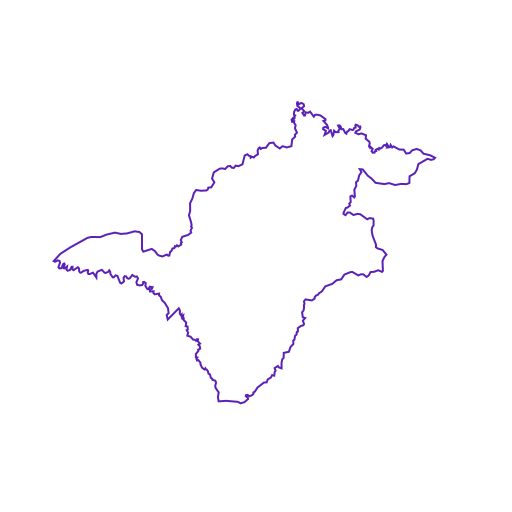 outline of Cértegui, Chocó, Colombia, rotated 346°
{"feature_id": "7082276B47980594061529", "entity_name": "Cértegui", "entity_type": "district", "adm_level": 2, "iso_a3": "COL", "parent_name": "Colombia", "parent_adm1": "Chocó", "projection": "natural_earth1", "projection_center": [-76.545, 5.385], "detail": "fine", "context": "isolated", "style": "outline", "palette": "violet", "viewbox_px": 512, "rotation_deg": 346, "n_neighbors": 0, "source": "geoboundaries", "source_scale": "gbopen_adm2", "svg_char_len": 6127}
<svg xmlns="http://www.w3.org/2000/svg" viewBox="0 0 512 512"><g transform="rotate(346 256 256)"><path d="M184.6,388.0L191.9,389.3L203.1,393.1L205.4,395.2L209.5,395.0L213.7,392.8L213.8,391.5L212.2,389.4L212.7,388.6L214.2,388.7L215.8,390.5L218.8,390.0L220.3,389.0L220.4,387.8L222.1,387.3L225.6,384.0L233.1,380.7L235.7,381.2L237.5,378.6L241.1,377.5L242.8,375.5L244.8,376.5L246.0,373.1L247.3,371.9L246.9,369.3L250.6,368.0L251.1,369.5L253.6,371.2L255.0,365.7L256.4,362.7L258.1,361.6L259.5,356.7L264.7,356.9L267.5,352.6L271.0,350.4L271.6,347.2L273.0,346.5L274.6,342.9L276.3,342.1L277.2,339.6L278.4,339.4L279.1,336.1L282.8,334.7L285.2,334.7L286.2,333.5L285.8,330.1L288.7,328.1L286.6,326.7L287.1,321.8L289.0,320.3L290.1,317.8L290.7,315.1L291.5,314.2L291.5,311.7L293.5,310.1L299.4,312.6L302.6,311.5L303.0,310.1L304.7,308.9L307.0,308.5L308.1,307.4L311.3,306.3L316.0,302.2L323.3,301.5L328.3,299.0L333.0,299.3L337.3,295.4L343.5,294.5L345.5,294.7L350.6,299.6L353.2,299.1L355.7,299.8L358.3,303.1L360.7,302.1L363.3,299.3L366.6,299.9L371.1,299.4L374.5,301.9L375.5,301.2L377.5,291.6L380.1,288.3L382.9,286.2L380.3,280.8L375.7,278.0L374.5,276.5L375.2,274.0L374.0,264.3L374.5,258.8L375.8,256.2L377.4,254.9L378.7,250.2L378.7,248.1L375.4,246.7L372.8,247.3L367.3,240.7L364.6,239.7L360.5,239.8L357.4,236.4L355.4,236.0L352.7,238.0L351.1,236.4L351.4,235.3L354.8,231.1L356.4,231.2L359.4,229.8L359.2,227.7L360.9,226.7L362.0,221.0L363.8,220.6L365.5,222.9L366.4,222.1L367.4,215.6L370.3,212.2L370.9,208.6L373.1,207.6L375.6,202.8L378.6,200.1L377.7,196.8L380.6,197.9L383.8,205.0L386.9,208.9L389.7,213.9L398.0,217.3L402.8,217.5L408.2,220.8L414.0,221.1L419.4,222.7L422.5,222.2L424.3,215.8L430.1,214.1L433.0,211.1L435.8,206.1L445.9,203.2L449.2,205.1L451.8,205.1L453.5,204.0L449.2,200.3L443.3,197.3L441.3,193.4L437.8,191.0L433.2,191.2L430.0,193.3L426.5,192.9L425.0,188.5L420.9,187.4L415.9,182.9L414.4,183.6L413.5,180.8L412.3,182.8L409.5,182.5L410.8,181.0L410.1,178.8L408.6,180.4L407.9,179.5L406.8,179.5L404.4,181.4L402.5,181.8L401.7,181.0L400.8,182.4L399.9,181.5L398.2,181.8L397.7,182.1L398.0,183.2L396.4,183.4L396.1,184.3L394.3,184.1L393.5,182.2L395.1,180.3L393.6,177.9L392.8,178.6L392.2,176.8L393.6,174.3L393.6,172.6L390.8,168.7L391.9,165.4L388.0,162.6L385.0,162.7L382.2,160.5L383.3,159.2L387.2,158.4L388.4,156.5L388.4,155.5L387.1,155.5L386.2,153.7L384.6,152.7L384.0,153.2L383.8,155.5L382.1,155.6L381.2,157.0L379.9,157.0L377.5,155.6L375.8,157.2L374.5,157.3L373.3,159.2L372.3,158.1L371.4,154.0L369.6,153.7L369.5,151.0L368.6,149.4L367.2,149.3L368.1,152.8L366.2,154.4L366.1,155.7L363.4,155.2L362.1,153.3L360.4,157.3L359.3,158.2L358.9,152.0L357.6,152.2L356.4,153.8L351.8,155.1L354.1,151.5L351.8,149.1L352.4,147.7L354.5,147.5L356.8,149.5L357.0,148.7L356.6,145.9L354.1,141.3L356.2,141.1L356.6,140.1L352.5,135.2L349.0,133.5L347.4,133.3L345.8,134.8L343.4,129.0L341.2,129.7L339.1,128.6L337.5,131.5L336.7,131.4L335.6,128.4L337.3,127.6L337.7,126.7L336.1,124.2L336.3,123.5L338.9,122.3L339.0,120.3L337.0,118.4L334.3,119.2L333.9,117.0L333.3,116.8L332.6,117.9L332.5,120.5L334.6,123.1L334.2,124.1L332.3,125.4L331.5,125.2L331.1,123.3L329.7,123.3L327.9,125.3L326.9,128.2L328.0,129.1L326.4,130.6L327.3,132.1L326.0,131.3L325.3,133.4L324.7,131.5L323.5,132.3L323.5,134.6L325.6,134.7L325.1,135.7L326.1,138.7L324.7,141.5L325.6,146.2L323.1,147.8L322.9,149.6L319.3,151.7L316.9,158.0L312.2,158.1L308.3,155.9L305.1,157.4L301.5,153.5L300.4,150.2L296.3,149.7L291.8,153.4L288.1,152.7L286.4,153.3L285.9,151.6L284.7,152.0L283.1,154.0L282.5,157.8L279.5,158.6L277.7,159.9L276.1,158.7L274.6,159.3L274.8,157.7L273.2,156.9L272.4,155.2L269.4,155.7L265.1,163.7L260.7,164.6L258.1,163.4L255.7,165.2L253.7,164.3L252.9,162.5L250.3,162.1L247.1,164.1L244.4,162.8L241.8,162.5L235.2,164.7L232.1,170.3L233.4,174.5L229.1,178.6L226.3,178.1L225.4,179.7L223.8,180.4L218.5,179.4L213.9,177.5L210.9,180.0L208.1,184.9L204.8,188.9L203.0,196.4L200.8,200.3L201.2,208.0L200.9,210.8L200.1,211.7L200.7,213.0L198.6,215.7L198.8,217.6L195.0,219.2L189.1,219.5L186.8,222.5L187.4,224.6L186.3,225.1L186.3,226.8L182.9,227.9L181.9,226.5L180.4,227.5L179.7,226.9L178.6,228.7L176.7,228.5L175.1,230.7L173.7,231.2L172.0,234.6L170.9,234.5L169.8,233.0L165.1,233.8L162.0,232.1L160.7,230.7L159.1,226.8L156.6,223.9L147.7,224.5L147.0,221.9L150.6,207.4L148.7,204.5L144.2,202.7L136.3,202.9L130.3,201.9L124.8,199.2L116.2,199.1L109.6,200.0L100.8,197.7L96.9,197.6L78.0,202.7L66.6,206.6L58.5,212.0L59.8,213.0L62.6,212.3L64.1,213.2L64.3,215.0L61.6,219.0L62.2,220.5L64.2,220.8L66.8,217.3L68.0,216.8L68.4,217.8L66.1,220.7L66.8,221.7L70.1,220.4L68.8,223.3L69.6,224.7L72.1,224.6L74.5,221.9L75.4,222.1L74.6,224.4L75.5,225.6L80.5,223.8L81.3,225.3L80.7,227.9L81.3,229.5L82.2,229.9L85.3,228.7L89.4,228.8L89.7,229.5L88.7,231.5L89.0,232.9L90.4,233.3L93.8,232.7L95.9,238.3L96.9,234.5L98.5,232.8L103.1,232.1L104.9,235.4L105.9,236.1L108.8,235.6L110.1,234.4L110.7,235.9L110.4,238.3L111.8,242.0L112.8,242.3L115.1,240.8L116.7,241.8L117.7,249.1L118.8,250.1L121.7,248.8L122.2,245.2L123.6,243.8L125.1,244.4L125.6,246.3L126.7,247.2L128.0,247.2L131.4,244.5L133.7,246.9L135.4,247.0L136.1,249.2L133.6,252.5L133.7,255.2L135.8,256.3L138.5,256.7L139.8,255.5L140.2,254.0L141.1,254.0L142.5,255.7L141.4,258.2L142.6,261.9L143.7,262.0L145.5,260.1L148.1,261.2L147.1,262.6L144.7,262.9L144.5,264.8L148.1,265.4L147.5,267.0L148.5,268.7L152.9,269.0L152.4,270.7L153.7,272.6L154.1,276.2L156.1,279.3L158.0,285.4L157.4,290.3L155.1,291.6L155.0,296.3L168.4,288.1L169.0,290.4L168.1,293.6L168.9,295.4L169.7,294.8L169.3,297.1L170.9,296.2L169.7,299.1L170.7,299.0L170.4,300.8L172.2,303.7L170.8,307.1L172.5,307.8L172.0,310.8L170.8,311.2L171.6,314.0L170.1,316.7L173.0,318.5L174.7,321.9L176.3,322.4L177.4,323.9L178.6,323.8L178.8,322.5L179.6,322.8L178.8,324.5L180.5,327.5L178.6,328.1L179.6,329.9L179.4,332.4L177.2,332.9L177.2,334.1L173.9,336.6L173.2,339.7L174.5,340.3L173.3,341.5L173.5,343.1L174.8,343.0L176.3,346.1L175.9,347.6L176.6,351.2L178.3,353.5L179.4,352.9L179.2,353.7L180.6,354.1L181.5,356.3L181.4,358.6L182.6,359.7L182.7,363.2L183.9,364.5L183.8,365.6L186.4,367.2L186.6,369.3L185.0,372.2L184.9,374.3L186.8,379.3L184.9,383.7L184.6,388.0Z" fill="none" stroke="#5b21b6" stroke-width="2"/></g></svg>